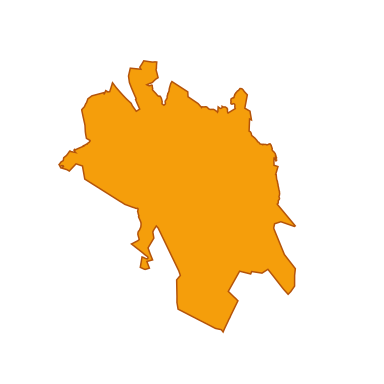 the district of Las Rosas, Chiapas, Mexico, rotated 148°
{"feature_id": "50627088B5732742459943", "entity_name": "Las Rosas", "entity_type": "district", "adm_level": 2, "iso_a3": "MEX", "parent_name": "Mexico", "parent_adm1": "Chiapas", "projection": "equal_earth", "projection_center": [-92.384, 16.369], "detail": "fine", "context": "isolated", "style": "filled", "palette": "amber", "viewbox_px": 384, "rotation_deg": 148, "n_neighbors": 0, "source": "geoboundaries", "source_scale": "gbopen_adm2", "svg_char_len": 6056}
<svg xmlns="http://www.w3.org/2000/svg" viewBox="0 0 384 384"><g transform="rotate(148 192 192)"><path d="M239.8,56.8L237.1,58.7L229.3,63.7L228.8,64.1L226.0,65.7L224.8,66.6L216.0,72.1L210.7,75.4L210.9,76.1L211.5,79.1L211.7,79.5L212.6,83.1L213.9,88.5L193.6,99.6L185.7,91.4L183.5,92.9L175.6,86.1L168.6,86.2L167.7,78.3L166.1,62.9L165.8,60.5L164.7,54.3L161.0,55.2L154.9,57.8L149.1,67.0L145.0,72.2L146.8,90.0L142.1,117.2L141.8,118.2L138.8,121.3L132.4,119.7L123.4,108.5L122.4,108.6L126.2,136.4L126.0,136.7L125.7,136.7L125.4,136.7L125.0,136.8L124.7,137.1L124.6,137.3L124.3,137.5L123.5,138.9L123.1,139.1L122.1,139.4L121.5,139.8L121.1,140.3L120.7,142.0L120.1,142.5L119.8,142.7L118.6,144.1L118.0,145.4L117.7,145.8L117.4,146.7L117.2,147.6L116.3,149.7L115.5,152.1L114.9,153.1L114.8,153.9L114.1,155.4L113.7,156.8L113.7,157.3L113.1,158.7L111.4,162.1L111.8,162.5L105.6,168.0L108.3,171.2L106.4,174.4L105.1,176.5L104.8,176.9L104.6,177.1L104.2,175.3L104.3,173.9L103.3,174.2L103.8,175.5L103.6,176.2L103.5,176.3L103.3,176.7L103.4,177.0L102.9,177.3L102.7,176.7L103.1,176.4L102.5,176.1L102.4,176.0L102.1,176.3L102.1,177.1L101.7,178.1L102.0,178.3L101.9,178.6L101.6,178.9L101.3,179.4L101.1,180.6L101.3,182.7L101.8,184.4L101.7,185.2L101.6,185.6L101.3,186.0L101.0,186.2L100.8,187.1L100.7,187.3L100.6,187.7L100.5,188.4L100.3,189.3L100.1,189.6L100.2,190.4L100.4,190.9L100.2,191.3L100.3,191.5L101.2,191.9L102.4,191.9L102.9,192.1L103.3,192.1L103.6,192.3L104.1,193.1L105.0,193.8L105.9,194.2L106.1,194.6L106.4,194.8L106.6,194.6L107.0,194.6L107.1,194.8L107.2,195.2L107.5,195.5L107.8,195.6L108.8,196.7L108.9,197.2L108.9,197.7L109.1,198.9L109.5,199.4L109.6,199.7L109.7,200.5L109.6,201.1L110.2,204.8L110.5,205.3L110.6,206.0L111.1,207.3L111.4,208.2L111.3,208.7L110.7,210.4L110.6,211.5L110.7,212.3L111.1,213.0L111.3,213.4L104.5,223.4L103.4,221.6L100.0,229.8L102.8,235.1L93.6,245.1L94.1,247.7L94.5,249.9L94.5,251.4L94.8,252.5L95.0,253.2L96.4,254.3L96.7,254.3L97.1,254.0L97.8,253.9L98.1,253.7L98.8,253.4L99.5,253.6L100.3,253.5L100.6,253.3L102.5,252.8L102.8,252.4L103.3,252.4L104.1,252.1L104.4,251.5L105.5,250.9L106.1,250.0L106.5,249.8L106.9,249.8L107.2,250.2L107.3,250.2L109.3,250.3L109.7,250.1L110.1,249.6L110.9,248.5L110.9,248.1L111.0,247.8L111.6,247.3L112.0,246.9L112.1,246.3L112.1,245.9L111.8,245.5L111.7,245.5L111.5,245.3L111.4,245.2L110.6,245.1L110.2,245.0L110.0,244.9L109.7,244.7L109.4,244.1L109.5,243.1L109.7,242.7L110.0,242.3L110.3,242.0L110.7,241.2L110.9,240.9L111.1,239.8L119.6,239.9L119.7,240.2L119.3,241.4L118.6,242.6L118.0,243.4L117.9,243.7L118.1,244.2L117.9,244.6L118.0,245.1L118.9,246.7L119.7,247.0L120.3,247.4L120.4,247.5L120.8,248.4L121.1,248.7L121.2,248.1L121.4,247.9L122.1,247.5L123.3,247.6L123.9,248.1L124.3,249.3L124.7,250.3L127.5,246.5L127.8,246.5L128.1,246.2L128.4,247.6L128.8,248.2L128.8,248.5L129.1,249.2L129.3,249.6L129.6,250.1L130.1,250.8L131.6,251.6L131.9,251.9L132.5,252.2L132.8,252.3L133.1,252.7L133.8,253.7L134.2,255.7L134.7,256.6L135.3,257.1L136.8,257.8L138.3,258.9L139.1,258.5L139.3,260.1L139.5,260.7L139.7,262.2L140.0,263.8L144.9,274.9L142.5,279.2L150.5,296.3L152.6,295.2L156.4,291.8L156.8,291.2L157.2,290.9L157.7,290.1L158.3,289.6L159.7,288.6L160.3,288.4L160.9,287.6L161.1,287.5L161.4,287.1L161.8,286.9L162.3,286.4L163.2,285.0L164.2,284.3L164.7,284.3L165.0,283.9L165.3,283.8L166.4,283.4L167.1,282.6L167.2,282.0L167.6,281.2L167.9,280.8L169.3,280.5L169.9,280.5L170.7,282.8L169.4,284.4L169.2,285.0L168.5,287.1L168.2,288.8L168.3,289.6L168.3,290.0L168.4,290.4L169.1,290.5L169.3,290.7L169.6,291.0L169.9,291.4L169.9,291.9L170.0,292.1L170.2,292.8L170.4,294.6L171.3,299.0L171.3,299.5L171.3,299.8L170.5,300.6L170.2,301.5L170.0,302.1L169.3,303.3L169.3,303.8L169.8,304.2L171.4,304.4L171.9,304.7L172.6,305.4L173.5,306.9L170.3,306.5L169.5,306.2L167.5,305.9L165.5,306.4L162.9,306.9L160.2,306.9L159.0,310.5L157.7,314.8L156.5,315.9L156.5,316.0L155.1,318.1L153.0,320.9L154.3,321.9L156.7,323.1L163.4,328.8L166.7,327.1L170.1,325.5L170.3,323.2L178.7,329.7L184.4,324.0L187.1,317.9L188.2,312.2L189.5,303.7L189.7,302.1L190.0,300.5L190.8,300.4L191.4,297.1L191.9,293.6L192.4,290.0L196.5,290.0L196.9,296.7L196.6,299.5L198.0,304.5L198.6,307.1L199.4,311.1L200.1,315.2L201.0,321.0L201.5,326.8L202.4,326.1L202.6,325.8L203.0,325.5L203.2,325.2L204.2,324.5L204.4,324.3L205.4,323.4L208.6,320.7L210.3,321.4L210.7,321.9L210.5,322.0L211.4,323.7L214.2,321.8L214.3,322.1L214.5,322.1L214.2,323.0L225.9,326.6L230.9,326.2L234.2,323.6L235.3,323.2L238.1,321.3L240.9,320.6L241.9,320.2L242.3,319.4L244.3,314.0L246.8,306.9L247.5,305.1L250.5,299.7L251.5,297.5L253.1,293.4L251.1,289.7L251.3,289.3L251.8,289.1L252.2,289.0L252.6,288.7L254.7,288.6L255.4,288.2L255.6,288.5L256.4,288.5L258.7,288.6L259.5,288.8L259.5,288.3L265.9,289.3L268.5,289.6L269.0,290.4L269.9,290.0L269.6,289.2L270.1,288.1L269.9,287.3L273.6,290.8L273.7,291.5L274.2,291.4L274.3,291.3L274.6,291.3L276.9,290.3L279.1,289.5L282.3,289.1L282.7,289.0L284.4,287.0L285.0,286.8L285.7,286.9L287.5,286.8L289.4,285.9L290.2,285.8L290.4,282.9L289.5,283.4L288.7,283.5L288.1,283.3L287.9,283.0L287.8,282.7L287.4,282.5L287.5,281.7L290.0,281.5L286.3,277.3L285.3,275.5L285.0,274.8L275.4,277.3L271.1,272.1L276.1,259.8L257.7,221.6L257.2,220.8L255.5,217.1L254.0,215.2L250.7,210.9L249.6,209.6L249.3,209.4L248.9,208.9L248.8,208.5L248.5,208.1L248.3,208.0L248.0,207.6L247.8,207.5L246.9,207.1L246.7,206.9L246.7,206.5L246.8,205.9L247.1,205.7L247.3,205.6L248.0,204.6L248.3,204.5L248.5,204.2L248.6,203.5L249.1,202.2L249.5,200.9L249.6,200.3L249.7,199.9L250.3,199.5L250.5,199.3L251.1,195.1L251.5,193.1L252.3,191.6L253.9,189.5L256.9,187.4L258.3,187.0L259.1,186.4L260.3,184.9L260.9,183.2L261.9,179.7L263.7,179.4L270.9,180.0L266.0,166.5L265.3,164.1L264.0,160.8L264.0,159.9L264.3,159.3L264.8,159.1L265.3,159.0L266.1,159.6L266.9,160.6L267.7,162.0L268.8,163.4L275.8,155.5L273.3,151.7L272.6,151.1L268.5,150.0L267.1,157.0L261.4,155.3L260.2,162.1L258.9,167.9L248.8,173.1L246.4,178.9L244.4,180.2L240.3,182.1L239.8,179.4L245.0,132.0L246.1,127.4L251.6,125.6L260.2,111.2L263.3,106.3L265.9,100.0L244.4,63.9L240.1,59.7L239.8,56.8Z" fill="#f59e0b" stroke="#b45309" stroke-width="1.5"/></g></svg>